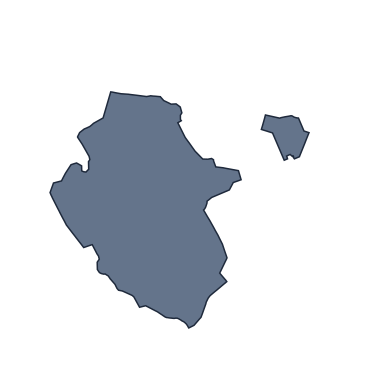 As Saiyani, Ibb, Yemen (Mercator projection), rotated 337°
{"feature_id": "15242507B28390593826974", "entity_name": "As Saiyani", "entity_type": "district", "adm_level": 2, "iso_a3": "YEM", "parent_name": "Yemen", "parent_adm1": "Ibb", "projection": "mercator", "projection_center": [44.227, 13.822], "detail": "fine", "context": "isolated", "style": "filled", "palette": "slate", "viewbox_px": 384, "rotation_deg": 337, "n_neighbors": 0, "source": "geoboundaries", "source_scale": "gbopen_adm2", "svg_char_len": 3361}
<svg xmlns="http://www.w3.org/2000/svg" viewBox="0 0 384 384"><g transform="rotate(337 192 192)"><path d="M173.2,78.1L171.7,77.2L165.2,73.9L161.2,71.3L157.7,68.9L156.3,68.1L139.1,89.1L128.2,90.3L125.9,91.1L124.9,91.4L123.5,91.8L120.1,91.9L118.9,91.9L118.4,91.9L117.3,91.9L111.8,93.4L108.3,96.4L108.1,96.9L109.6,105.1L111.2,119.0L110.6,122.3L108.6,123.6L106.3,129.4L105.8,130.7L105.2,130.9L102.2,132.2L100.3,131.1L99.0,129.8L98.8,129.5L98.8,129.4L99.8,126.8L100.6,124.8L99.5,123.3L97.1,120.2L94.7,119.9L91.3,119.6L83.9,124.6L82.6,125.5L78.8,128.6L76.2,130.8L68.0,129.6L67.4,130.3L64.5,133.4L61.1,137.1L61.1,139.6L61.1,140.2L61.2,141.5L61.2,142.8L62.0,154.7L62.3,158.3L62.3,159.0L62.7,164.0L62.9,166.4L63.1,168.3L63.5,173.6L63.6,173.8L64.4,176.9L65.9,182.8L67.3,188.0L67.4,188.6L67.6,189.2L68.5,192.7L69.6,196.8L70.6,200.8L79.1,201.4L79.6,201.5L80.4,212.0L80.9,214.3L80.4,217.6L77.3,219.6L74.6,226.4L75.3,230.0L76.6,231.6L78.6,233.1L80.1,233.6L80.4,234.1L81.0,235.0L82.1,236.5L82.7,239.6L82.8,239.9L82.8,240.2L83.0,240.6L83.1,240.9L83.4,241.9L83.6,242.5L85.1,247.1L85.1,247.8L85.1,248.2L85.3,251.5L86.0,253.7L89.2,255.9L90.5,257.3L93.9,261.0L94.3,261.4L96.4,263.7L96.6,264.0L97.5,265.9L98.7,277.6L104.9,278.6L105.3,279.0L105.6,279.5L106.0,279.9L109.2,283.8L111.6,286.7L113.4,288.8L114.8,291.0L118.4,296.5L119.5,297.6L120.6,298.2L121.7,298.9L122.9,299.6L124.1,300.2L125.2,300.9L126.3,301.4L126.6,301.5L127.9,301.8L129.0,302.4L129.2,302.5L130.0,303.3L131.7,305.5L132.3,306.6L133.2,307.6L133.9,308.5L134.6,309.9L135.2,311.3L135.6,313.3L135.8,315.3L135.9,315.9L141.8,315.5L147.1,312.9L149.5,311.7L150.0,311.5L151.3,310.9L154.5,307.5L155.4,306.5L159.9,301.6L161.1,300.3L161.9,299.1L165.1,296.3L165.6,295.9L168.1,294.5L168.7,294.3L174.2,292.6L176.7,291.9L179.9,290.9L180.9,290.6L182.1,290.2L189.0,288.1L188.6,286.4L188.5,285.9L188.3,285.5L185.8,277.5L195.6,268.9L196.9,267.8L198.2,266.6L198.5,266.3L198.7,263.9L199.0,259.3L199.6,251.9L199.2,245.7L199.0,241.8L198.3,235.9L198.3,235.5L198.0,232.4L197.5,227.9L197.3,225.7L197.2,225.4L197.1,224.4L196.6,221.0L195.6,213.1L197.2,212.4L198.7,211.2L200.3,209.4L201.5,208.0L202.3,206.3L204.3,205.8L208.0,204.7L210.1,204.7L218.4,204.7L227.2,204.7L233.7,199.4L238.3,199.7L242.0,199.9L243.1,190.5L242.2,189.9L240.1,188.5L232.8,183.7L230.0,181.8L223.7,178.2L224.0,171.9L224.4,170.7L223.1,168.8L221.2,168.4L219.4,168.0L214.8,165.9L213.6,162.9L213.3,162.1L210.9,156.0L210.7,155.4L209.6,150.4L208.6,145.8L208.1,143.8L207.6,141.6L207.2,139.9L207.0,138.8L206.0,122.7L210.0,122.2L209.7,120.7L211.3,116.8L213.6,115.2L214.2,110.6L214.4,109.2L213.8,108.1L211.8,104.7L207.7,103.2L207.1,103.0L205.6,101.2L201.7,96.8L200.1,92.0L200.1,91.9L195.3,89.3L194.8,89.1L192.4,87.8L191.6,87.3L190.1,87.0L187.5,86.4L180.0,82.0L173.2,78.1ZM289.2,169.9L289.3,198.8L292.9,198.8L293.1,196.5L293.1,195.9L295.3,195.8L297.0,195.8L297.9,197.7L298.5,198.7L298.8,198.6L298.8,198.4L298.8,198.1L299.1,198.1L299.3,198.6L299.2,199.6L298.9,200.0L299.2,201.5L304.7,201.5L304.9,201.2L311.7,194.4L314.5,191.6L318.6,187.4L322.9,183.1L318.9,179.6L318.9,172.1L318.9,165.5L317.7,164.9L316.6,164.1L315.5,163.2L314.8,162.4L314.0,161.2L313.0,160.5L310.6,160.0L307.3,159.2L302.8,158.3L302.0,158.3L301.6,158.3L289.7,149.8L287.3,152.9L282.8,158.5L280.3,161.5L281.1,162.2L284.9,165.4L287.8,167.9L289.2,169.1L289.2,169.9Z" fill="#64748b" stroke="#1e293b" stroke-width="1.5"/></g></svg>